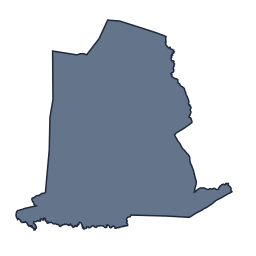 Panda, Inhambane, Mozambique, rotated 273°
{"feature_id": "85939544B74614871029564", "entity_name": "Panda", "entity_type": "district", "adm_level": 2, "iso_a3": "MOZ", "parent_name": "Mozambique", "parent_adm1": "Inhambane", "projection": "robinson", "projection_center": [34.062, -24.057], "detail": "fine", "context": "isolated", "style": "filled", "palette": "slate", "viewbox_px": 256, "rotation_deg": 273, "n_neighbors": 0, "source": "geoboundaries", "source_scale": "gbopen_adm2", "svg_char_len": 5565}
<svg xmlns="http://www.w3.org/2000/svg" viewBox="0 0 256 256"><g transform="rotate(273 128 128)"><path d="M30.6,132.7L31.0,132.8L32.1,132.5L33.4,131.6L33.7,131.5L34.5,132.0L35.1,132.1L35.7,131.6L36.5,131.2L36.8,131.3L37.9,131.7L38.8,132.4L39.3,133.4L39.3,134.2L39.7,134.9L40.7,135.4L41.2,135.4L42.1,171.0L42.0,194.0L45.8,199.3L50.1,206.4L51.7,208.4L52.3,209.9L53.4,211.5L56.7,215.9L60.4,219.9L63.2,224.8L67.4,231.2L68.4,233.2L68.9,233.7L69.5,235.0L69.8,235.2L70.6,234.4L71.8,234.0L73.1,234.1L73.7,233.8L75.1,232.6L75.8,231.2L77.7,231.2L78.0,230.9L77.7,230.4L77.6,229.6L77.9,229.1L77.6,228.5L76.6,228.4L76.4,228.1L76.4,227.8L76.9,226.3L76.2,224.6L75.4,223.9L74.6,222.8L73.0,221.9L72.0,221.6L71.4,221.2L71.2,220.6L71.3,219.3L72.2,217.7L72.2,217.1L72.1,216.4L71.4,214.8L71.7,213.2L71.6,212.6L70.9,212.0L70.8,211.2L70.8,210.4L72.1,207.1L71.9,203.4L70.5,201.1L68.8,199.3L68.0,198.8L67.4,197.6L71.5,198.1L75.3,198.9L78.1,199.1L81.2,197.9L88.8,195.6L94.2,193.3L95.7,192.4L98.7,191.5L102.0,191.1L103.6,190.3L104.4,189.7L106.6,187.3L108.1,186.1L110.7,183.2L115.2,180.6L117.4,178.6L118.6,178.0L122.8,175.1L123.5,174.8L124.3,175.7L125.4,176.2L131.2,184.7L136.7,191.5L138.1,191.5L141.0,190.3L141.5,189.8L141.8,188.7L142.0,188.3L143.2,188.6L144.1,189.2L145.2,189.4L146.0,189.8L147.4,190.0L149.6,189.1L149.9,189.2L151.1,189.8L152.2,189.7L153.3,189.0L153.4,188.5L153.7,188.1L154.1,188.5L154.4,188.4L154.6,187.7L155.6,187.1L155.9,187.1L157.1,187.5L158.3,187.3L159.4,186.7L160.1,186.6L160.9,186.0L162.0,185.7L165.2,183.8L166.4,183.8L167.6,183.0L168.3,182.9L169.2,182.4L170.1,182.3L170.5,182.1L171.8,180.4L172.4,178.8L173.2,178.2L173.9,177.5L174.7,177.3L175.1,176.8L175.4,175.8L177.6,175.2L178.8,175.2L179.0,175.0L179.7,173.6L179.7,172.6L180.2,171.9L180.3,170.9L180.9,170.4L181.4,169.3L182.0,168.8L182.3,168.8L183.1,169.2L183.4,169.2L184.3,168.0L184.8,168.0L185.4,168.9L185.9,170.0L186.8,170.6L187.4,170.7L189.1,170.6L190.2,169.9L190.7,169.9L191.5,170.6L192.1,170.8L192.9,170.6L194.1,171.1L194.7,171.0L196.0,169.9L196.9,170.4L197.3,170.2L197.4,169.8L197.4,168.3L197.5,167.8L198.5,167.8L199.9,167.3L200.9,167.5L201.2,168.1L201.4,168.0L201.8,167.5L202.6,167.5L203.3,167.9L203.3,168.2L203.1,168.6L203.2,168.8L203.7,168.5L204.6,168.4L204.9,168.5L205.0,169.3L205.4,169.8L205.6,169.9L206.2,169.5L206.6,170.0L206.8,169.6L207.1,169.5L208.1,169.5L208.0,169.0L208.2,168.7L208.8,168.1L209.0,166.8L209.7,166.0L210.7,165.9L210.8,165.6L210.7,165.2L210.2,164.8L210.1,164.3L210.3,163.9L211.6,162.9L212.6,161.7L213.6,161.3L214.7,161.3L215.1,160.8L215.4,160.9L215.7,161.4L216.2,161.4L217.8,161.1L220.4,160.9L220.9,161.2L221.4,161.2L224.9,150.1L234.4,114.0L234.6,104.0L234.8,102.1L215.8,94.5L199.1,83.0L199.1,82.3L199.7,80.5L199.9,79.4L199.8,77.4L199.6,76.2L198.4,73.4L198.4,72.7L200.9,48.7L152.5,51.6L134.5,49.5L101.8,50.5L59.3,48.9L58.9,48.5L58.5,47.7L58.3,46.0L58.0,45.2L56.2,42.9L55.4,39.9L53.7,38.0L53.0,36.1L52.6,35.8L52.1,35.7L51.1,35.9L49.4,36.8L48.2,37.9L46.7,38.2L46.0,39.0L45.5,40.3L42.0,28.2L41.3,27.2L40.7,24.9L39.7,22.2L39.0,21.4L38.2,21.1L36.6,20.8L34.5,20.8L32.6,21.5L31.1,22.5L31.9,22.6L32.0,23.0L31.6,23.8L31.1,24.1L30.8,24.7L30.5,24.9L30.2,25.4L29.5,25.6L28.5,26.3L28.4,26.9L28.1,27.2L28.3,28.3L28.2,29.1L29.1,30.3L28.8,30.7L28.5,30.7L28.5,31.3L28.4,31.7L27.7,32.0L27.4,32.5L26.9,32.6L26.6,33.0L26.4,32.7L26.2,32.7L26.0,33.0L26.0,33.6L24.8,34.2L25.1,34.9L24.7,35.3L24.5,35.9L25.3,36.1L25.3,36.9L25.0,37.0L24.4,37.5L23.8,37.2L23.5,37.6L23.7,38.1L22.8,38.8L22.7,39.3L22.3,39.5L21.2,39.5L21.3,40.4L21.8,40.8L22.1,40.7L22.8,40.9L22.9,41.2L23.3,41.7L24.0,41.7L25.8,41.0L26.6,40.4L28.0,38.7L29.3,38.8L29.7,41.1L30.8,42.9L30.8,43.2L30.4,43.5L30.4,45.2L31.2,45.6L32.0,45.2L32.5,45.2L32.7,45.9L32.7,46.6L32.5,46.8L32.4,47.4L31.8,47.5L31.6,48.0L32.0,48.0L32.4,48.6L33.3,48.6L33.7,49.1L33.4,49.8L32.9,50.2L31.2,50.2L30.7,50.8L30.6,51.8L29.1,52.0L29.1,52.4L28.7,53.0L28.9,53.3L29.7,53.6L29.7,53.9L29.4,54.4L29.4,55.2L29.9,56.0L29.9,56.4L29.2,57.3L29.0,57.8L28.5,58.3L28.3,59.4L28.7,60.2L28.5,61.1L28.0,61.7L28.1,62.2L27.9,62.7L27.9,63.5L26.9,64.6L26.3,64.8L26.1,65.3L26.3,66.0L27.4,66.6L27.6,67.6L28.0,67.9L28.0,68.6L28.7,69.6L28.3,70.0L28.3,70.4L28.6,70.9L28.8,71.7L28.1,72.5L28.2,73.2L28.0,73.7L27.7,73.8L27.6,74.1L28.2,74.7L28.5,74.6L28.5,75.3L28.8,75.6L28.4,75.7L28.1,75.9L27.9,76.3L28.0,76.6L27.7,77.2L27.5,77.4L27.0,77.6L26.6,77.4L26.1,78.1L26.0,78.5L26.3,79.3L26.9,79.6L26.9,80.0L27.4,80.0L27.9,80.7L27.6,81.1L27.1,81.3L27.1,81.8L27.4,81.9L27.2,82.1L27.3,82.4L28.2,82.6L28.3,83.0L28.6,83.3L28.9,83.1L29.1,83.4L29.5,83.5L29.6,84.1L30.5,84.0L30.9,84.3L31.2,84.6L31.1,84.9L31.2,85.3L30.6,86.2L29.7,86.6L29.3,87.0L28.8,87.1L28.4,87.5L27.7,87.3L26.9,87.7L26.8,87.9L27.0,88.3L26.9,88.4L26.4,88.4L26.2,88.1L25.8,87.9L25.6,88.4L25.8,88.8L25.5,89.4L25.3,89.4L25.1,89.1L24.8,89.3L25.5,90.2L25.6,91.5L26.6,92.2L27.1,92.1L27.3,92.3L27.3,92.8L27.1,93.6L26.3,94.2L26.3,94.5L27.0,96.0L27.7,96.5L28.1,97.2L28.5,97.4L28.8,97.9L28.4,98.9L27.8,99.2L27.4,100.1L27.5,100.6L27.0,101.3L27.8,102.2L28.4,102.3L28.7,102.6L28.6,103.3L28.8,103.6L28.6,104.7L29.0,105.7L28.9,106.2L29.2,107.1L28.7,108.6L27.6,110.0L27.4,110.8L27.6,111.6L28.2,112.1L29.0,112.2L29.7,111.6L30.1,112.0L30.2,112.4L29.4,114.3L28.9,114.8L27.9,114.9L27.4,115.7L27.5,116.3L27.8,116.5L28.1,117.1L28.7,117.2L29.0,117.7L29.0,118.0L29.2,118.8L29.1,119.6L28.7,120.1L28.2,120.3L27.8,120.2L27.3,120.3L27.2,121.2L27.9,122.5L27.9,123.4L28.2,123.8L28.1,124.4L28.5,125.0L28.9,126.5L29.4,127.3L29.3,128.3L29.5,128.9L29.8,129.0L29.8,130.0L30.2,130.2L30.1,130.6L30.3,131.2L30.2,131.7L30.6,132.7Z" fill="#64748b" stroke="#1e293b" stroke-width="1.5"/></g></svg>